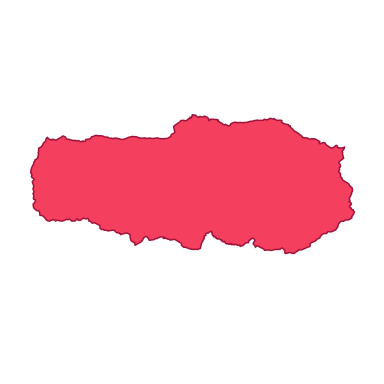 Caparrapi, Cundinamarca, Colombia (Natural Earth projection), rotated 81°
{"feature_id": "7082276B94520275581830", "entity_name": "Caparrapi", "entity_type": "district", "adm_level": 2, "iso_a3": "COL", "parent_name": "Colombia", "parent_adm1": "Cundinamarca", "projection": "natural_earth1", "projection_center": [-74.507, 5.372], "detail": "fine", "context": "isolated", "style": "filled", "palette": "rose", "viewbox_px": 384, "rotation_deg": 81, "n_neighbors": 0, "source": "geoboundaries", "source_scale": "gbopen_adm2", "svg_char_len": 6050}
<svg xmlns="http://www.w3.org/2000/svg" viewBox="0 0 384 384"><g transform="rotate(81 192 192)"><path d="M258.8,130.9L259.9,129.8L260.9,129.5L261.1,125.9L262.1,123.0L261.8,118.8L262.4,114.1L261.8,113.3L261.4,112.0L262.5,110.6L263.5,110.1L264.0,109.3L266.3,109.8L267.3,109.5L267.4,108.4L267.0,105.3L268.4,101.7L268.5,100.4L267.7,99.1L266.7,96.6L265.8,95.3L266.3,93.1L265.3,88.8L264.5,86.8L264.4,84.3L263.8,83.8L261.8,83.6L260.9,82.7L259.8,78.1L257.9,75.3L257.4,73.0L256.1,72.2L254.8,70.9L254.0,69.3L253.6,68.1L254.0,66.4L253.9,65.4L252.4,63.8L253.2,60.7L252.1,56.6L251.3,55.4L249.3,53.6L246.2,52.1L244.5,50.0L244.1,48.3L244.7,47.0L244.0,45.7L243.7,44.4L244.0,41.5L242.8,38.4L242.3,38.1L241.5,38.2L239.4,36.1L237.1,34.7L236.2,35.4L234.8,35.6L234.1,37.1L233.6,37.4L232.8,37.3L232.3,38.0L231.4,38.6L230.7,38.6L229.0,36.5L228.5,36.4L227.2,36.9L226.1,38.4L225.5,37.4L222.3,37.6L221.6,36.6L218.2,34.4L217.1,34.3L216.3,33.4L214.2,33.0L212.5,33.5L210.5,35.3L208.4,35.9L203.7,41.4L201.3,41.9L200.0,42.9L196.7,42.5L196.2,43.2L194.6,44.1L193.5,42.9L191.0,42.6L190.3,41.4L188.1,41.3L186.8,42.3L185.6,42.2L184.7,41.2L182.4,37.0L177.7,37.4L176.5,37.0L175.0,37.2L174.0,35.7L172.3,34.6L171.6,34.5L171.9,35.5L171.9,38.1L171.0,41.0L170.8,41.2L169.4,41.2L168.7,41.7L168.5,42.4L170.2,45.3L170.5,47.1L169.8,48.4L167.0,51.5L165.4,52.6L164.0,53.2L163.7,54.7L164.4,57.5L164.2,58.6L163.5,58.7L162.6,57.9L162.1,58.0L159.2,61.6L158.7,62.6L158.1,65.2L158.4,67.2L156.7,69.7L155.6,74.0L153.4,75.2L152.4,76.4L151.1,77.3L147.3,81.8L145.6,82.7L143.4,84.7L142.2,84.6L141.9,86.0L140.6,86.1L140.0,87.5L139.6,89.3L137.3,92.7L136.0,92.1L135.4,92.1L135.0,93.2L134.4,97.3L132.3,99.5L132.7,100.9L131.8,102.2L131.5,104.0L132.3,105.3L132.4,107.3L131.5,109.0L132.3,110.7L131.6,115.2L131.1,116.5L131.4,117.3L131.1,119.2L131.6,121.3L131.3,123.1L131.9,127.6L131.5,128.5L131.6,130.9L130.8,133.5L130.7,136.1L130.1,137.3L129.8,139.2L130.1,141.1L130.8,143.1L132.4,144.1L132.6,145.1L131.7,146.8L130.4,148.4L130.8,149.7L130.0,150.9L128.6,151.9L126.3,155.2L125.7,155.4L125.5,154.8L125.2,154.8L124.4,155.7L123.0,162.2L123.8,163.1L124.1,164.1L123.9,164.4L122.8,164.0L122.0,164.2L120.4,165.5L119.2,167.5L119.0,168.1L119.4,168.6L119.7,170.1L118.6,172.4L119.2,174.1L118.0,175.6L116.6,176.5L116.5,177.7L115.8,179.0L115.9,179.6L117.0,179.7L117.0,180.3L117.7,181.0L118.0,181.1L118.2,180.7L118.5,180.9L118.4,181.4L118.7,181.9L118.3,182.3L119.0,182.4L119.0,183.9L120.6,186.2L120.6,187.1L119.8,189.7L119.7,191.8L121.0,193.3L123.6,198.8L124.8,200.0L129.8,199.5L130.5,199.8L131.2,200.9L131.7,202.8L132.5,203.7L133.8,204.3L135.2,208.0L134.7,213.5L134.0,216.0L133.2,217.4L133.0,222.7L132.1,225.3L132.1,227.6L131.2,230.3L130.9,233.5L130.4,235.6L128.5,238.7L128.3,240.9L127.8,241.8L128.1,246.2L128.8,248.7L129.3,252.7L126.9,258.3L126.7,260.2L127.1,261.6L126.4,262.4L126.0,264.9L125.5,265.9L124.9,266.3L124.4,267.4L124.3,269.0L122.8,271.2L122.0,274.2L121.7,276.4L121.1,277.5L121.1,279.0L121.7,281.0L121.7,282.3L123.6,284.4L123.5,288.5L123.9,289.0L124.8,289.2L125.2,289.8L125.2,291.4L124.7,291.5L124.5,291.9L124.9,293.5L124.9,294.3L123.9,295.3L123.4,296.7L123.4,298.0L122.6,299.4L123.1,300.4L122.5,301.2L121.5,304.1L120.5,305.6L120.4,306.9L119.6,307.9L117.9,308.4L116.5,310.5L116.7,311.4L117.8,313.2L118.7,316.3L119.4,317.4L119.5,318.7L118.9,319.4L118.7,320.2L118.0,321.2L118.7,322.8L117.1,325.3L115.5,326.3L116.2,327.5L119.0,328.8L120.4,331.0L123.7,333.5L124.7,336.5L128.0,337.2L128.8,337.8L130.4,337.6L133.8,338.9L134.9,339.9L135.8,342.1L136.9,342.4L138.1,343.8L139.5,343.8L140.4,344.9L142.7,346.4L145.7,347.8L148.2,348.2L149.8,347.3L151.6,348.1L152.2,348.1L154.0,346.4L155.1,346.0L156.4,347.8L157.1,348.2L159.7,347.6L162.2,347.5L163.9,348.6L167.3,348.0L168.7,349.3L170.5,348.8L173.7,349.7L174.4,349.5L175.1,348.0L176.0,348.0L178.0,349.2L178.9,350.7L181.6,351.0L183.2,350.6L185.2,349.2L186.1,348.2L186.5,346.7L187.6,345.7L191.1,345.9L192.2,343.1L195.0,341.1L196.2,340.7L197.7,339.3L198.5,337.4L197.5,333.9L198.0,333.3L198.0,332.1L199.3,331.4L199.3,330.8L198.8,330.0L198.8,329.2L199.6,327.8L200.4,324.8L200.2,322.9L199.3,320.3L199.9,319.3L199.8,317.0L201.8,315.4L202.3,313.1L202.2,311.8L200.4,309.7L201.2,308.9L202.1,308.8L202.5,307.3L202.5,306.5L201.6,305.2L200.8,303.1L202.0,301.2L201.8,298.9L202.2,298.6L204.5,298.4L205.2,296.8L207.1,295.5L207.3,295.1L207.0,294.5L207.1,293.2L210.6,288.3L211.6,288.2L213.3,288.6L214.9,287.3L215.0,286.0L216.0,284.5L216.3,282.8L217.3,281.1L217.3,276.2L217.9,274.7L220.3,272.9L221.1,270.5L222.1,269.5L222.9,269.2L222.4,266.5L222.5,265.2L222.2,264.3L222.5,262.2L224.6,259.7L226.8,260.2L230.1,260.0L231.6,258.8L232.7,257.4L233.1,256.4L235.4,256.6L235.6,256.2L233.1,249.8L232.1,248.6L229.6,246.8L228.6,244.6L229.0,243.8L230.3,242.7L233.0,241.7L233.1,237.3L232.4,235.6L232.5,233.7L231.9,232.8L231.8,231.2L231.4,230.2L231.8,228.2L232.4,226.6L233.3,227.4L233.7,224.8L234.8,223.3L235.0,222.0L236.1,221.0L236.0,216.8L236.5,215.9L240.9,210.8L241.9,210.3L243.0,210.8L245.4,208.7L245.5,207.1L247.6,203.5L248.5,201.4L249.1,198.9L249.1,197.0L249.6,195.5L249.1,192.9L248.7,192.3L247.7,192.2L244.4,190.7L239.2,186.9L238.2,187.3L237.3,186.6L237.1,185.1L235.8,185.1L235.3,184.7L235.0,183.9L235.1,182.2L234.3,181.3L234.1,179.8L233.8,179.4L234.2,178.9L235.0,178.9L235.8,178.4L236.7,178.7L238.1,178.5L238.6,177.5L239.5,177.6L239.5,176.9L240.1,176.2L241.0,175.9L241.0,175.2L241.8,175.0L242.0,174.3L242.5,174.1L242.5,173.7L242.1,173.4L242.2,172.9L242.8,172.0L243.7,171.4L243.9,170.3L244.7,170.4L246.1,169.2L245.8,168.7L246.2,168.1L246.0,167.6L247.2,167.0L247.8,167.0L248.6,166.0L248.7,165.0L249.2,164.2L248.7,163.2L249.4,163.0L249.2,162.0L250.0,161.5L249.5,160.9L250.4,160.0L250.2,159.2L250.8,158.6L250.5,157.5L251.0,156.2L251.6,155.7L251.9,154.8L251.7,153.9L252.1,153.2L253.2,152.9L253.3,152.6L252.8,151.4L252.8,149.9L250.7,147.0L250.8,144.2L248.8,143.3L248.2,141.5L247.2,140.4L247.1,139.7L247.8,138.2L249.5,137.5L250.0,137.6L251.8,139.3L252.8,139.6L253.4,139.4L254.7,138.4L256.4,137.9L255.5,136.6L255.4,136.0L256.1,134.7L257.4,133.3L258.8,130.9Z" fill="#f43f5e" stroke="#9f1239" stroke-width="1.5"/></g></svg>